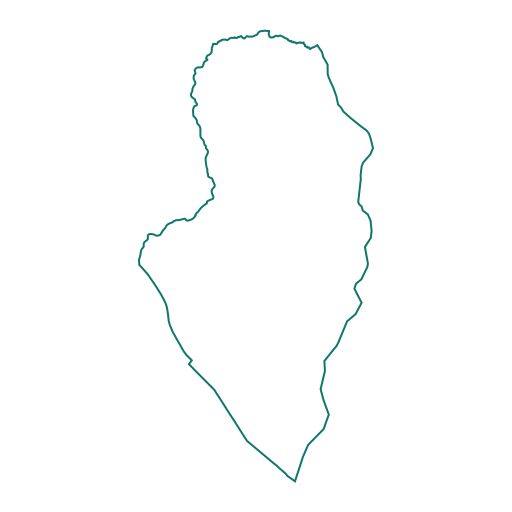 Campina, Prahova, Romania (orthographic projection)
{"feature_id": "2599482B7526130518250", "entity_name": "Campina", "entity_type": "district", "adm_level": 2, "iso_a3": "ROU", "parent_name": "Romania", "parent_adm1": "Prahova", "projection": "orthographic", "projection_center": [25.739, 45.14], "detail": "fine", "context": "isolated", "style": "outline", "palette": "teal", "viewbox_px": 512, "rotation_deg": 0, "n_neighbors": 0, "source": "geoboundaries", "source_scale": "gbopen_adm2", "svg_char_len": 5845}
<svg xmlns="http://www.w3.org/2000/svg" viewBox="0 0 512 512"><path d="M338.3,342.6L347.1,321.3L355.6,314.1L361.6,302.7L354.4,288.7L356.0,283.7L361.3,279.4L367.4,266.9L367.9,263.4L364.9,247.0L370.7,238.1L371.6,231.1L370.6,220.7L367.8,214.4L362.8,210.6L361.5,206.3L359.3,204.5L358.2,202.0L360.8,179.0L360.6,175.3L361.6,166.6L363.0,162.8L370.3,154.4L373.0,148.2L370.8,139.1L369.0,133.7L366.8,130.7L360.9,126.3L350.8,118.2L343.5,111.7L340.9,107.4L338.1,104.6L336.3,96.1L333.2,87.5L330.7,82.1L328.7,77.4L327.7,74.2L327.6,64.5L323.3,57.1L321.9,52.0L317.3,45.2L313.7,47.3L311.9,47.7L311.2,48.4L310.8,48.6L310.3,49.0L310.1,48.8L309.5,48.7L309.4,48.4L309.1,47.5L309.0,47.4L308.9,47.4L308.5,47.6L307.7,47.6L307.1,47.4L307.1,47.1L307.2,46.9L307.0,46.7L306.3,46.7L305.7,46.5L305.0,46.1L304.9,45.8L305.1,45.3L305.0,44.8L304.7,44.5L304.3,44.3L304.0,43.9L303.5,43.1L303.5,42.9L303.5,42.6L302.8,42.8L302.9,43.0L302.7,43.1L302.2,42.8L301.6,42.8L301.2,42.6L300.8,42.6L300.3,42.8L299.8,42.4L299.3,42.4L298.8,42.7L298.2,42.9L297.3,43.0L296.9,43.2L296.6,43.4L296.3,43.3L296.3,43.0L296.2,42.8L295.5,42.5L295.0,42.5L294.2,42.2L293.6,42.4L293.4,42.3L293.2,42.0L293.1,41.9L292.5,42.2L292.2,42.2L291.8,41.4L291.5,41.2L291.0,41.0L290.6,41.3L290.1,41.1L289.8,41.1L289.1,40.5L288.4,40.4L287.8,39.8L287.7,39.6L287.8,39.3L287.6,39.1L286.8,38.7L286.3,38.5L285.9,38.3L285.5,38.3L285.1,38.2L284.7,37.9L283.9,37.2L283.2,36.8L280.9,35.8L280.3,35.7L279.9,35.6L279.2,35.8L278.1,36.2L277.6,36.2L276.1,35.8L275.7,35.8L274.6,36.4L273.8,37.1L273.0,37.4L272.4,37.3L271.2,37.5L270.6,37.4L270.1,37.1L269.6,36.7L269.3,36.0L268.8,34.9L268.8,34.5L268.7,33.8L269.1,31.1L268.3,31.0L267.2,30.9L266.5,30.9L264.8,30.7L260.7,31.2L259.9,31.5L259.1,31.9L258.6,32.3L258.2,32.9L257.4,34.1L256.8,34.9L256.2,35.2L255.4,35.2L255.0,35.5L254.0,36.0L252.9,36.5L249.0,36.7L247.7,36.3L246.9,36.2L246.2,36.7L245.2,37.8L244.4,38.4L244.2,38.5L242.5,37.7L242.0,37.1L241.5,36.3L241.4,36.2L240.9,36.1L240.7,36.2L239.4,37.0L238.6,36.9L238.3,36.9L237.5,37.6L236.9,37.9L236.5,38.0L235.9,38.0L235.0,37.4L234.9,37.4L234.6,37.4L234.0,37.9L233.6,38.0L231.8,37.8L231.0,37.9L230.1,38.2L229.4,38.8L227.7,39.9L227.2,40.1L226.7,40.0L225.7,39.6L225.1,39.6L223.7,39.7L222.6,39.7L221.9,39.9L221.6,40.0L221.0,40.7L220.6,40.7L220.1,41.0L219.5,41.6L219.2,41.6L218.7,41.5L218.3,41.7L218.0,42.1L217.5,43.2L217.2,43.6L216.8,44.0L215.8,44.1L214.0,43.8L213.6,43.8L213.2,43.9L213.0,44.3L212.6,46.2L212.3,46.8L211.8,48.1L211.8,49.4L211.8,50.4L211.6,51.3L211.6,52.1L211.5,52.5L210.2,54.0L209.6,54.5L209.0,54.9L207.7,55.4L207.1,56.1L206.5,57.2L206.2,58.0L206.1,58.4L206.2,58.6L206.3,58.9L206.8,59.3L207.3,59.4L207.4,59.5L207.3,59.9L206.8,60.3L206.0,60.7L205.0,61.4L204.4,61.9L204.0,62.4L203.8,62.8L203.6,63.9L203.4,64.7L202.5,66.7L202.2,67.0L201.7,67.0L200.2,67.5L199.1,67.3L198.3,67.3L197.4,67.6L196.4,68.0L196.1,68.3L195.3,69.1L194.9,69.8L194.7,70.3L194.7,70.8L195.1,71.9L195.3,72.5L195.5,73.1L195.4,73.6L195.2,74.0L194.5,74.7L194.0,75.5L193.8,75.9L193.7,76.7L193.6,77.9L193.7,78.7L193.9,79.5L195.3,82.5L195.4,83.1L195.3,83.6L195.0,84.4L193.6,86.2L193.0,87.6L192.4,89.0L192.4,90.8L192.1,91.6L191.1,93.7L191.0,95.0L191.1,95.8L191.4,96.4L192.3,97.5L195.0,99.4L195.1,100.0L195.2,101.1L195.6,102.1L196.6,103.2L196.9,103.8L197.0,104.3L196.6,105.4L194.3,106.3L193.4,108.2L193.2,109.5L193.0,110.4L193.3,114.9L193.5,116.2L195.4,117.9L196.6,120.0L196.9,121.1L197.1,122.9L197.5,123.7L199.1,125.4L199.6,126.2L200.0,127.1L200.4,129.1L200.4,134.6L200.5,136.5L200.9,137.6L201.5,138.4L202.6,139.5L203.4,140.6L203.7,141.4L204.4,144.1L204.7,144.8L205.2,145.3L205.8,145.9L205.9,146.6L205.9,147.9L206.3,148.7L207.3,149.8L207.7,150.7L208.0,151.7L207.8,153.1L207.1,154.6L206.2,156.4L205.7,157.7L205.6,159.9L205.8,162.2L206.5,166.8L206.8,168.0L207.2,168.9L207.4,169.6L207.3,172.0L207.5,172.9L207.8,173.4L208.0,174.0L208.1,176.1L208.4,176.7L209.0,177.1L210.1,177.6L211.4,178.1L212.1,178.6L212.6,179.7L213.0,181.2L214.1,183.5L214.4,184.3L214.7,184.9L214.6,186.0L214.6,186.5L214.1,187.1L212.3,189.2L211.6,190.8L211.7,191.8L212.0,193.1L212.4,194.4L213.0,195.5L213.3,196.5L213.4,197.4L213.2,198.2L212.8,198.8L207.7,201.0L207.4,201.3L207.1,201.7L206.9,202.9L206.6,203.6L205.6,204.1L202.8,206.3L200.7,208.2L197.8,212.1L196.7,212.9L196.4,213.6L195.5,214.4L195.4,215.1L195.6,215.5L194.5,217.0L193.0,218.6L191.3,219.5L188.6,220.5L187.6,220.6L186.6,220.4L186.1,220.2L185.5,219.1L185.0,218.8L184.5,218.7L183.9,218.8L182.7,219.2L181.2,219.5L179.6,219.9L178.7,220.2L177.5,220.1L176.4,220.2L175.8,220.3L174.3,220.9L173.1,221.7L172.5,222.3L171.5,222.7L169.6,223.4L167.6,224.5L166.5,225.6L165.7,227.1L164.8,228.4L163.5,229.8L162.6,231.0L162.0,232.1L160.9,233.7L160.3,234.7L159.7,235.0L158.8,235.4L157.9,235.6L157.1,235.7L156.4,235.6L155.6,235.4L153.8,234.5L152.3,234.1L151.4,234.0L150.1,234.0L149.1,234.2L148.6,234.6L148.0,235.2L147.8,235.8L147.8,236.6L147.8,238.7L147.7,239.4L147.3,239.8L146.2,240.7L144.5,242.1L143.9,243.2L143.7,243.7L143.7,244.8L143.6,246.7L143.3,247.5L142.4,248.2L141.8,248.9L141.3,250.2L140.9,251.4L140.6,253.8L140.3,255.2L140.0,256.6L139.4,258.2L139.1,259.5L139.0,261.3L139.3,262.9L139.2,264.7L141.6,267.3L147.0,273.5L148.1,274.8L149.1,276.3L151.2,279.4L152.3,280.9L153.5,282.6L157.2,288.3L161.0,294.4L164.6,301.1L165.4,302.9L166.2,305.0L166.5,305.9L166.8,307.2L167.2,309.1L167.8,312.8L168.1,315.2L168.7,320.9L169.9,325.1L172.6,331.7L178.2,341.7L179.2,343.3L180.5,345.5L181.9,348.3L184.3,352.2L185.4,353.6L186.8,355.4L191.8,360.3L188.9,364.1L195.6,371.0L214.4,389.9L216.7,393.7L218.9,396.9L221.2,400.6L224.5,405.7L226.9,409.6L234.2,420.8L245.3,438.3L247.2,441.1L270.6,460.7L273.7,463.3L276.7,465.6L280.0,468.8L284.8,472.9L285.5,473.4L287.6,476.1L293.2,480.0L295.0,481.3L302.9,457.0L308.1,444.9L323.6,429.1L328.8,414.6L323.4,399.7L320.6,389.1L324.9,371.2L324.4,361.0L334.4,348.5L336.4,346.2L338.3,342.6Z" fill="none" stroke="#0f766e" stroke-width="2"/></svg>